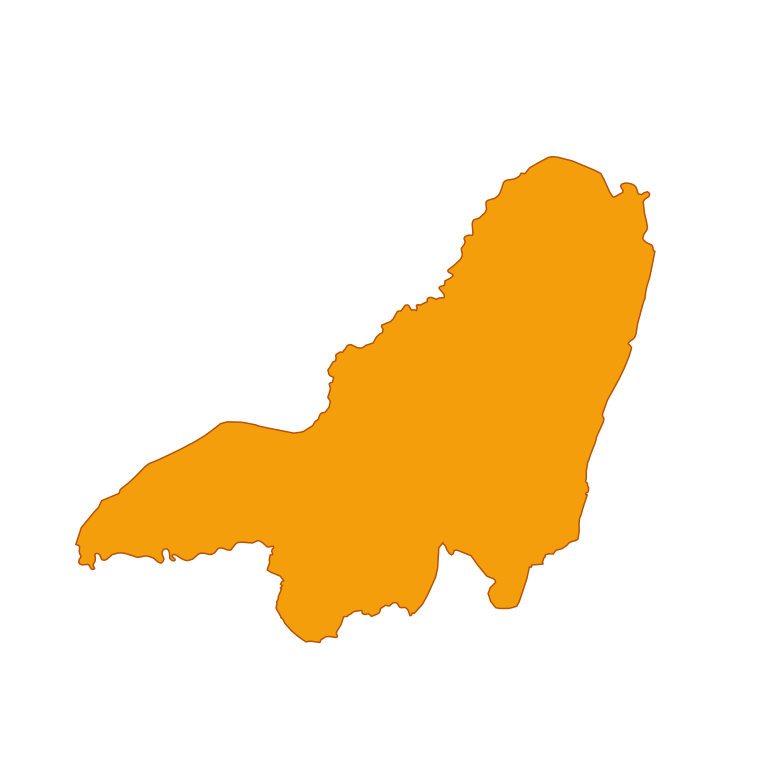 outline of Nong Chik, Pattani, Thailand, rotated 110°
{"feature_id": "78962969B59272581561490", "entity_name": "Nong Chik", "entity_type": "district", "adm_level": 2, "iso_a3": "THA", "parent_name": "Thailand", "parent_adm1": "Pattani", "projection": "natural_earth1", "projection_center": [101.184, 6.781], "detail": "fine", "context": "isolated", "style": "filled", "palette": "amber", "viewbox_px": 768, "rotation_deg": 110, "n_neighbors": 0, "source": "geoboundaries", "source_scale": "gbopen_adm2", "svg_char_len": 6171}
<svg xmlns="http://www.w3.org/2000/svg" viewBox="0 0 768 768"><g transform="rotate(110 384 384)"><path d="M502.6,541.7L515.5,553.4L532.3,569.9L539.3,577.6L543.4,580.3L554.5,585.2L563.1,589.5L573.3,595.7L577.5,595.6L590.2,609.4L597.5,610.0L603.2,612.5L622.5,619.3L640.2,618.7L640.1,616.0L640.9,614.4L645.9,613.0L647.7,611.7L649.4,609.9L650.5,609.7L652.7,610.3L654.3,610.3L656.1,609.7L657.1,608.7L657.3,606.7L657.0,605.3L654.7,600.3L654.9,599.6L657.9,595.8L658.0,594.6L656.9,592.9L656.1,592.9L653.7,595.6L649.0,594.9L645.9,595.8L643.4,597.3L642.0,596.8L641.2,595.5L641.3,593.8L642.0,592.5L645.3,589.4L645.6,588.1L645.1,586.2L643.5,584.5L637.2,581.0L633.7,576.0L632.4,572.7L631.7,568.3L631.2,556.5L629.8,553.7L627.3,549.7L626.5,547.0L626.4,541.4L626.7,540.1L628.4,536.0L628.7,533.1L628.4,531.9L626.1,531.0L623.6,531.0L620.2,533.9L619.0,534.7L617.5,535.1L615.1,534.7L613.6,533.1L613.3,531.3L613.9,529.7L615.9,528.0L621.1,525.6L621.8,524.7L622.4,522.2L621.9,520.7L620.8,520.1L620.0,520.6L618.8,523.5L618.1,524.3L617.0,524.2L615.9,522.7L616.0,520.1L617.2,515.4L617.6,512.2L617.5,509.7L617.0,507.9L614.0,503.9L607.4,500.3L606.4,499.2L605.6,498.1L604.9,496.0L604.4,494.3L604.1,490.3L603.0,487.6L600.5,485.4L595.6,483.7L594.2,482.3L593.5,479.6L593.5,474.2L592.5,471.2L585.4,468.9L583.6,467.7L582.6,466.6L581.0,462.7L578.4,453.2L574.4,449.1L573.9,447.5L574.7,443.7L576.9,438.3L576.8,437.0L574.3,432.5L576.0,431.6L577.6,432.6L579.6,432.3L582.2,430.3L582.6,430.5L583.5,432.4L584.0,432.5L588.4,431.7L591.2,430.3L597.8,430.3L598.7,430.0L599.6,425.6L600.0,415.8L603.0,411.0L603.4,411.0L604.4,412.2L607.3,412.8L607.7,412.7L608.2,410.5L611.0,411.6L611.5,411.3L611.7,410.2L619.8,410.6L622.4,409.8L625.3,410.3L627.6,409.4L630.9,408.9L631.9,408.4L638.2,401.0L638.8,401.0L639.3,399.0L642.9,395.0L647.6,386.4L650.6,378.3L652.9,369.7L652.9,368.9L650.8,365.3L648.9,356.1L648.5,355.8L646.0,355.8L641.4,352.3L640.0,349.0L638.6,342.4L637.8,341.6L636.6,341.6L634.8,343.4L634.0,343.7L632.1,343.6L625.2,342.1L616.7,342.3L616.3,342.0L615.0,338.9L613.4,338.4L611.3,336.4L608.9,335.1L607.9,334.0L604.5,327.8L604.8,327.0L606.8,326.1L607.3,324.6L607.2,323.4L605.3,320.2L605.6,318.6L606.6,316.7L606.5,316.1L602.8,312.0L600.9,310.4L599.7,310.0L596.2,310.5L591.7,307.1L591.3,306.1L590.9,303.5L590.4,302.7L587.1,301.1L585.5,298.8L585.5,296.6L587.8,293.8L588.4,292.6L588.3,291.2L586.9,288.2L587.1,286.1L588.4,284.0L592.7,280.4L592.6,279.8L591.8,279.1L589.9,279.2L589.4,278.9L589.2,277.1L577.6,272.5L570.9,271.4L564.9,270.7L547.8,269.5L538.9,270.6L519.0,276.5L513.1,274.3L513.8,273.9L514.9,271.3L518.5,267.9L520.8,264.8L521.5,262.2L520.0,261.0L516.3,261.0L515.1,258.4L515.6,243.4L522.1,234.0L529.4,221.6L529.6,215.0L530.1,212.7L532.4,211.3L539.1,214.5L545.3,214.5L551.8,209.4L556.0,202.5L555.3,198.3L552.3,190.2L550.0,186.6L547.4,183.3L543.4,182.6L539.5,182.5L518.0,183.2L506.2,184.8L505.8,183.1L505.0,182.9L503.9,183.4L503.5,183.2L499.0,173.3L498.6,173.1L496.9,174.2L492.4,174.2L491.4,173.4L490.1,174.0L489.4,174.0L487.0,170.7L485.9,166.8L482.0,165.8L481.0,164.9L477.9,160.4L473.0,157.0L470.1,155.9L467.4,153.2L465.4,150.1L464.9,150.3L464.2,149.3L463.2,148.7L455.0,150.4L449.3,152.7L443.3,154.3L440.0,154.1L429.6,154.8L419.1,155.0L418.5,155.4L418.9,155.9L418.9,156.6L418.1,156.9L417.1,156.8L416.3,155.8L415.4,155.4L414.1,155.5L411.6,156.2L409.4,158.3L407.8,158.8L406.8,161.1L406.0,161.4L403.9,161.5L396.7,164.1L388.1,165.8L385.0,165.5L380.5,165.8L368.3,165.5L364.2,165.6L361.2,166.2L344.8,164.9L341.5,165.4L339.1,167.8L337.4,168.4L323.1,168.6L300.2,165.0L286.7,163.6L274.1,163.2L265.7,163.6L264.0,165.2L262.5,168.4L261.7,168.4L259.2,167.2L257.5,165.8L254.4,164.4L250.7,164.3L240.8,166.3L218.5,168.2L214.6,168.0L207.4,169.7L201.2,170.5L194.1,170.7L185.5,171.9L166.7,174.8L166.6,176.0L166.1,176.8L163.3,178.3L162.1,179.5L161.8,180.2L161.5,184.8L160.9,186.9L159.9,189.4L158.5,190.7L156.1,191.0L153.6,190.8L149.5,189.7L146.8,190.0L143.4,191.8L133.8,198.0L124.3,202.7L121.4,202.3L117.6,199.5L116.3,199.1L114.6,199.4L113.8,200.3L113.3,202.4L115.5,205.1L117.7,206.6L118.4,209.0L117.8,210.8L114.0,213.4L112.7,214.7L111.8,216.5L111.4,219.2L111.5,221.6L112.5,225.8L114.5,228.6L116.5,229.5L117.9,228.7L120.6,225.4L122.5,225.2L129.7,231.7L129.9,232.1L129.5,233.5L126.8,237.2L117.0,246.8L112.3,251.9L111.8,253.5L111.1,259.7L110.0,283.2L111.4,297.8L112.4,302.1L113.4,304.7L115.1,307.3L122.6,314.0L130.9,321.0L138.1,323.5L139.0,327.2L142.2,327.8L145.0,329.8L147.1,332.1L150.0,337.6L151.8,339.7L154.2,340.6L162.7,340.3L165.1,340.4L167.9,341.1L171.3,343.1L175.9,349.2L177.4,350.2L178.8,350.2L185.0,347.4L188.3,347.6L194.9,350.9L197.1,353.0L198.6,355.5L200.5,356.2L203.4,355.9L212.4,351.8L213.7,351.7L214.1,352.0L215.2,355.3L216.2,356.8L217.5,358.0L219.1,358.6L220.3,358.3L221.8,356.9L223.0,356.4L225.6,356.3L229.9,357.7L231.7,357.1L235.2,354.8L237.7,354.4L239.5,354.6L241.6,355.2L249.0,359.0L254.6,362.7L255.7,362.7L256.6,362.1L256.9,361.3L257.5,357.1L258.2,356.4L259.3,356.3L262.1,358.1L266.2,362.0L269.1,361.1L270.5,361.1L271.7,362.3L272.9,364.3L274.2,365.2L275.5,364.7L279.2,358.2L281.5,357.1L282.4,357.2L284.2,361.5L286.5,363.8L286.4,368.9L286.9,370.5L287.8,371.7L289.7,372.4L291.8,371.4L295.5,375.2L297.0,376.2L298.1,379.5L298.6,380.2L299.7,380.3L301.2,378.8L303.9,378.7L303.9,380.9L305.1,383.5L301.7,387.9L301.8,389.4L302.9,391.1L309.1,392.9L309.8,393.6L311.1,396.2L320.2,397.7L321.7,398.7L322.9,399.0L329.4,406.2L330.9,406.0L332.8,403.7L336.1,403.0L336.7,403.3L338.3,405.1L342.2,407.1L349.2,408.3L353.8,414.2L357.2,416.5L358.1,418.0L359.0,421.4L358.3,428.2L359.2,430.4L360.6,431.7L364.2,432.4L366.6,433.4L368.4,433.8L369.0,436.3L372.7,439.1L374.0,439.0L376.4,437.7L378.8,437.5L381.0,439.6L387.2,440.7L390.0,441.5L393.3,439.4L394.3,438.3L394.8,436.6L394.8,433.9L395.0,433.7L399.7,433.0L400.3,433.4L401.1,434.8L402.7,435.5L405.0,433.9L406.0,432.9L412.0,432.3L415.4,432.3L416.4,431.4L418.6,428.5L424.7,427.7L430.7,429.6L432.4,432.5L433.7,433.4L435.2,433.8L439.8,433.7L443.0,436.0L446.6,436.6L448.2,437.2L456.2,443.5L457.8,445.8L461.0,451.9L465.3,479.4L466.5,488.2L466.2,490.1L468.0,501.5L468.9,505.7L473.2,518.3L477.1,523.9L487.9,530.7L494.0,534.9L502.6,541.7Z" fill="#f59e0b" stroke="#b45309" stroke-width="1.5"/></g></svg>